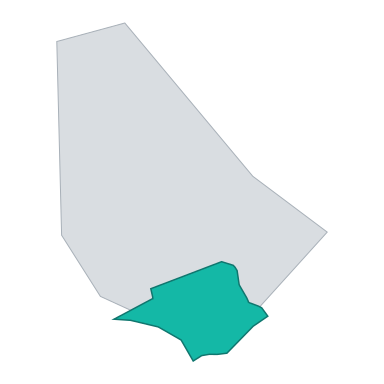 Christ Church on a map of Barbados (Albers equal-area conic projection)
{"feature_id": "BRB-1989", "entity_name": "Christ Church", "entity_type": "Parish", "adm_level": 1, "iso_a3": "BRB", "parent_name": "Barbados", "parent_adm1": "", "projection": "albers", "projection_center": [-59.519, 13.09], "detail": "fine", "context": "in_parent", "style": "filled", "palette": "teal", "viewbox_px": 384, "rotation_deg": 0, "n_neighbors": 0, "source": "natural_earth", "source_scale": "10m", "svg_char_len": 646}
<svg xmlns="http://www.w3.org/2000/svg" viewBox="0 0 384 384"><path d="M246.1,321.9L210.8,347.0L100.4,296.4L61.6,235.2L56.8,41.5L124.8,23.0L252.8,176.3L327.2,232.1L246.1,321.9Z" fill="#d9dde1" stroke="#a8b0b8" stroke-width="1"/><path d="M267.8,316.2L253.2,326.2L226.9,353.2L217.2,354.4L209.3,354.3L201.7,355.6L193.2,361.0L181.1,340.0L158.2,326.9L130.5,320.3L114.0,319.2L152.3,298.8L152.8,298.7L152.7,297.0L150.8,288.7L221.6,261.7L233.2,265.3L235.0,267.2L237.1,270.6L239.1,284.4L239.5,285.4L246.7,297.8L248.3,301.4L248.3,301.9L249.4,302.8L251.5,303.5L258.6,306.2L261.7,307.8L267.8,316.2Z" fill="#14b8a6" stroke="#0f766e" stroke-width="1.5"/></svg>